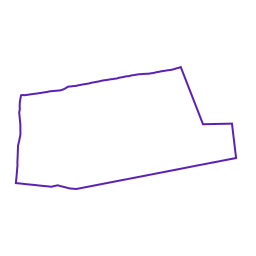 outline of Dumyat Al-Gadida, Dumyat, Egypt, rotated 3°
{"feature_id": "37247803B6997097478011", "entity_name": "Dumyat Al-Gadida", "entity_type": "district", "adm_level": 2, "iso_a3": "EGY", "parent_name": "Egypt", "parent_adm1": "Dumyat", "projection": "mercator", "projection_center": [31.676, 31.437], "detail": "fine", "context": "isolated", "style": "outline", "palette": "violet", "viewbox_px": 256, "rotation_deg": 3, "n_neighbors": 0, "source": "geoboundaries", "source_scale": "gbopen_adm2", "svg_char_len": 1381}
<svg xmlns="http://www.w3.org/2000/svg" viewBox="0 0 256 256"><g transform="rotate(3 128 128)"><path d="M231.6,118.2L202.7,120.3L177.5,64.4L175.6,65.2L173.3,65.9L169.4,67.3L167.9,67.7L166.3,68.0L164.0,68.4L162.9,68.7L159.4,69.4L157.5,69.8L156.8,70.1L153.3,70.8L152.5,71.2L149.8,71.9L147.9,72.2L146.4,72.6L143.7,72.9L140.3,73.2L138.3,73.6L137.2,73.6L135.3,73.9L132.2,74.6L128.8,75.3L125.3,76.4L124.2,76.3L121.5,77.1L117.3,78.1L115.7,78.5L114.2,79.2L111.9,79.5L110.7,79.9L108.4,80.2L105.4,80.9L103.4,81.3L101.5,81.6L98.8,82.3L96.5,83.0L93.5,83.7L88.9,84.8L86.9,85.5L83.9,86.2L80.4,86.9L77.7,87.6L75.8,88.0L73.9,88.7L71.2,89.0L69.3,89.4L66.6,89.7L65.1,90.4L64.7,90.8L62.4,92.3L60.1,93.4L57.8,94.1L55.5,94.4L52.8,94.8L50.5,95.1L48.2,95.4L45.5,96.2L42.0,96.9L40.5,97.2L39.0,97.6L37.1,97.9L35.5,98.3L34.0,98.6L31.7,98.9L29.8,99.3L28.2,99.6L26.7,100.0L24.8,100.3L22.9,100.7L21.0,100.6L19.5,100.9L18.7,106.8L18.6,111.0L19.0,115.2L18.5,117.9L20.3,130.1L20.6,135.1L20.9,140.0L20.0,146.5L19.1,151.5L19.3,162.9L19.3,167.1L19.6,172.1L19.5,173.0L19.3,180.5L19.1,185.1L19.0,186.2L19.0,187.3L18.9,188.9L24.3,189.1L28.5,189.4L33.0,189.6L38.0,189.8L42.6,190.1L51.8,190.5L54.7,190.7L55.8,190.3L57.4,189.8L58.3,189.6L59.1,189.4L60.6,188.9L62.1,189.2L64.4,189.7L73.1,191.4L76.2,191.5L79.6,191.6L181.7,166.2L199.6,161.7L237.5,152.3L231.6,118.2Z" fill="none" stroke="#5b21b6" stroke-width="2"/></g></svg>